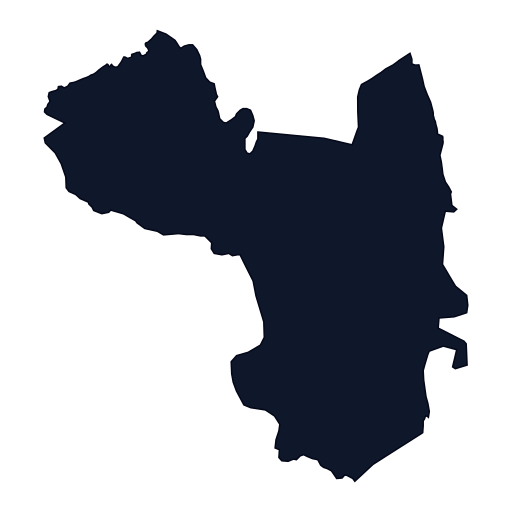 the district of Rijau, Niger, Nigeria
{"feature_id": "59680162B75618838886778", "entity_name": "Rijau", "entity_type": "district", "adm_level": 2, "iso_a3": "NGA", "parent_name": "Nigeria", "parent_adm1": "Niger", "projection": "robinson", "projection_center": [5.043, 11.05], "detail": "fine", "context": "isolated", "style": "filled", "palette": "ink", "viewbox_px": 512, "rotation_deg": 0, "n_neighbors": 0, "source": "geoboundaries", "source_scale": "gbopen_adm2", "svg_char_len": 4267}
<svg xmlns="http://www.w3.org/2000/svg" viewBox="0 0 512 512"><path d="M410.0,53.3L398.5,60.8L398.2,61.2L393.0,65.0L385.7,68.9L381.2,72.4L376.6,75.3L372.6,78.1L367.9,81.0L361.5,84.5L359.4,89.6L357.7,96.9L357.8,111.9L358.5,127.2L357.2,130.4L352.1,144.8L324.3,138.3L257.9,132.0L257.9,132.8L257.9,135.7L257.9,137.8L257.9,138.9L257.6,139.6L256.5,141.6L255.1,145.8L252.8,151.1L250.0,153.8L247.2,153.2L244.9,149.5L244.9,144.2L244.9,138.8L244.9,138.4L247.2,136.2L249.5,132.0L252.5,127.6L252.8,127.2L254.2,120.8L252.8,115.5L250.6,110.4L250.5,110.2L246.7,108.6L243.0,108.6L240.2,110.2L236.5,113.9L236.3,114.5L235.5,116.6L235.4,116.7L231.3,119.8L226.2,123.0L223.4,122.4L219.7,118.7L218.4,112.5L217.9,110.7L215.9,106.9L214.5,101.3L214.4,101.1L214.5,101.1L217.2,97.3L217.6,96.7L216.9,95.4L216.4,94.3L214.9,87.6L214.2,83.8L209.7,82.1L205.7,77.8L203.4,71.4L200.6,64.5L200.6,61.2L200.6,59.2L199.8,56.2L199.6,55.5L197.2,50.5L196.8,49.6L192.6,44.8L188.9,44.8L184.2,46.1L180.8,48.3L179.2,46.8L176.7,42.8L175.0,40.3L166.1,34.1L157.3,30.7L157.2,31.5L157.1,32.8L156.8,33.2L156.0,34.1L154.0,36.0L151.5,39.0L147.8,42.3L146.0,42.8L145.3,43.8L145.3,44.0L145.5,45.3L146.1,46.5L147.1,47.3L147.8,48.2L148.1,48.9L148.3,49.3L148.7,50.5L148.7,51.5L148.3,51.7L147.4,52.2L146.6,53.1L146.5,53.6L146.2,54.5L144.7,55.0L143.5,55.7L141.9,55.7L141.6,55.5L141.0,55.2L140.5,54.0L139.9,52.9L139.5,52.2L138.0,52.4L137.0,52.4L135.3,53.2L133.9,53.7L133.0,54.0L131.9,54.3L131.6,55.0L131.9,56.6L131.4,57.0L130.6,57.5L129.5,57.8L128.0,58.4L126.9,58.1L125.8,57.4L124.7,57.0L123.8,57.0L122.9,58.8L122.5,59.5L121.8,61.0L120.7,62.8L119.3,64.6L117.8,66.8L115.6,67.2L113.8,66.7L112.7,65.8L112.0,65.1L111.6,64.4L111.1,64.7L110.2,66.2L109.4,66.8L108.7,66.1L108.3,65.1L107.7,64.4L107.0,64.1L105.6,65.3L103.4,66.6L101.1,68.3L99.8,69.3L98.6,70.2L96.8,71.9L95.4,73.0L93.8,74.0L92.5,74.6L91.0,75.0L89.1,76.3L86.2,77.6L83.7,78.4L79.6,80.1L77.4,81.1L75.2,82.0L72.8,82.6L70.0,83.1L67.7,86.2L64.2,87.9L61.4,86.2L58.4,86.6L58.3,87.3L57.8,89.3L57.6,89.5L55.7,90.6L53.7,91.1L51.9,91.6L49.2,92.6L49.0,93.3L48.3,96.6L50.0,101.4L49.6,102.0L47.8,104.4L47.7,104.8L47.0,107.2L46.8,107.3L44.8,109.1L44.8,109.5L44.5,111.9L47.0,114.4L64.9,123.0L64.1,123.5L63.3,124.1L44.2,138.0L44.3,138.4L45.3,142.9L55.2,152.9L61.2,163.7L65.8,177.1L66.2,187.8L67.5,189.5L69.0,191.5L75.7,194.5L80.2,198.6L88.4,202.2L88.8,204.0L92.1,207.2L93.7,210.5L101.8,213.7L108.7,212.3L110.7,210.1L118.3,212.3L123.4,213.8L129.6,217.4L135.6,220.8L137.1,222.9L144.8,228.5L157.4,231.3L163.5,234.9L178.5,233.6L186.2,234.5L193.5,234.5L200.4,235.9L202.5,235.9L204.8,235.9L211.7,242.8L211.3,248.8L214.2,253.4L221.9,254.8L224.5,254.3L228.8,253.4L232.4,255.7L237.3,254.8L240.1,254.8L243.4,261.6L248.5,271.8L253.1,280.9L256.0,295.9L263.8,321.9L264.2,335.2L264.3,337.4L263.9,338.1L260.4,345.1L248.2,352.3L236.6,355.6L231.2,361.7L231.2,362.0L231.7,373.9L233.2,382.2L236.5,391.1L243.9,404.9L250.7,407.7L265.2,409.9L265.3,409.9L274.5,416.0L279.8,424.3L278.9,430.9L276.0,439.8L275.2,447.0L275.1,448.0L279.4,449.7L278.9,457.5L281.8,460.8L288.1,461.3L293.5,459.1L296.4,459.7L300.3,455.8L303.7,454.7L307.1,456.4L312.4,458.6L317.8,459.7L320.7,465.2L323.6,467.4L327.0,468.5L331.4,470.8L334.8,475.7L336.7,478.5L342.1,478.0L344.5,475.2L346.5,475.2L352.8,478.5L354.8,481.3L373.0,464.4L385.8,456.2L422.7,432.7L423.2,425.8L423.2,423.1L423.2,421.0L424.6,418.7L425.2,416.7L425.9,416.0L427.1,416.2L427.8,416.8L428.4,417.3L429.3,411.5L427.9,403.5L426.0,396.6L423.7,380.1L423.2,370.6L424.6,365.3L427.8,354.6L429.2,351.2L443.2,346.1L456.7,349.7L452.6,366.9L455.3,368.7L467.1,365.1L466.2,343.8L464.0,341.2L438.2,328.1L439.0,318.0L454.2,316.8L466.7,312.7L467.8,305.2L466.7,295.4L455.5,286.2L449.3,275.9L447.0,271.9L442.5,264.4L443.0,257.8L443.0,257.6L443.8,246.8L441.4,228.1L445.3,211.2L453.8,211.9L456.7,209.2L451.9,205.4L450.5,193.9L451.3,191.9L448.8,187.1L445.4,182.0L442.9,174.4L442.2,168.6L441.3,161.8L439.9,155.3L441.3,149.9L441.7,148.4L442.6,144.9L443.0,143.2L443.1,141.6L442.8,139.6L442.9,137.7L442.6,136.3L437.0,133.7L437.5,132.5L437.4,131.4L437.0,128.4L435.9,124.6L435.3,121.4L434.2,119.1L433.7,116.7L433.2,115.3L433.3,113.3L432.8,110.5L430.6,102.2L427.2,94.5L424.1,86.4L422.5,79.0L418.9,64.9L415.4,65.1L411.9,64.0L411.9,59.2L410.0,53.3Z" fill="#0f172a" stroke="#020617" stroke-width="1.5"/></svg>